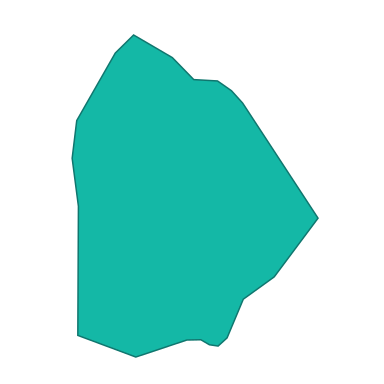 the border of Ribnica na Pohorju, rotated 86°
{"feature_id": "SVN-257", "entity_name": "Ribnica na Pohorju", "entity_type": "Municipality", "adm_level": 1, "iso_a3": "SVN", "parent_name": "Slovenia", "parent_adm1": "", "projection": "equal_earth", "projection_center": [15.263, 46.533], "detail": "fine", "context": "isolated", "style": "filled", "palette": "teal", "viewbox_px": 384, "rotation_deg": 86, "n_neighbors": 0, "source": "natural_earth", "source_scale": "10m", "svg_char_len": 414}
<svg xmlns="http://www.w3.org/2000/svg" viewBox="0 0 384 384"><g transform="rotate(86 192 192)"><path d="M226.9,68.1L282.4,115.9L302.5,148.3L340.0,167.2L347.5,176.7L345.6,185.3L340.0,193.5L339.3,207.5L352.7,259.6L327.1,315.9L198.3,306.3L150.0,309.2L112.7,302.0L48.0,258.8L31.3,239.3L56.6,202.2L80.0,182.4L83.0,158.8L93.8,145.5L106.8,135.3L226.9,68.1Z" fill="#14b8a6" stroke="#0f766e" stroke-width="1.5"/></g></svg>